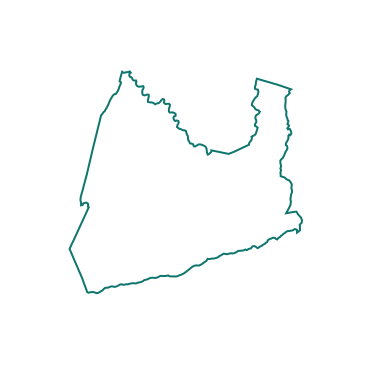 outline of Queimadas, Bahia, Brazil, rotated 24°
{"feature_id": "56859067B17136917301382", "entity_name": "Queimadas", "entity_type": "district", "adm_level": 2, "iso_a3": "BRA", "parent_name": "Brazil", "parent_adm1": "Bahia", "projection": "equal_earth", "projection_center": [-39.706, -11.046], "detail": "fine", "context": "isolated", "style": "outline", "palette": "teal", "viewbox_px": 384, "rotation_deg": 24, "n_neighbors": 0, "source": "geoboundaries", "source_scale": "gbopen_adm2", "svg_char_len": 5381}
<svg xmlns="http://www.w3.org/2000/svg" viewBox="0 0 384 384"><g transform="rotate(24 192 192)"><path d="M205.2,62.1L205.5,64.3L205.9,66.2L206.6,68.2L206.7,70.3L207.6,72.0L209.1,72.1L210.6,71.7L211.6,73.0L212.1,74.3L212.4,75.7L212.6,77.9L211.4,80.4L211.1,82.4L210.8,84.7L210.9,86.9L211.5,88.4L212.9,88.8L214.1,89.1L215.4,89.9L216.5,90.6L218.0,90.6L219.3,90.4L221.3,91.0L221.1,93.2L220.1,94.6L219.4,95.9L219.4,97.6L220.1,99.2L221.4,100.2L222.3,101.9L222.0,104.5L222.7,106.0L224.2,106.0L225.8,106.5L226.1,108.3L226.2,109.8L226.5,111.6L226.5,113.5L225.9,114.8L224.9,115.9L223.9,117.3L224.8,118.3L225.2,120.2L224.8,121.9L224.3,123.8L224.8,125.7L213.9,138.3L212.4,139.8L210.0,142.3L192.7,146.1L193.3,147.5L192.7,148.9L192.2,150.1L191.3,151.4L190.2,150.6L189.4,149.4L188.6,148.2L187.6,146.4L186.1,145.2L184.5,144.8L182.8,144.9L181.4,144.9L180.0,145.2L178.7,145.8L177.3,147.8L176.3,149.1L175.1,149.5L173.7,148.0L172.4,147.9L170.5,148.4L168.8,147.0L167.3,145.9L166.3,144.1L165.3,142.4L164.2,141.7L163.0,140.6L161.7,138.8L160.0,138.7L158.4,139.3L156.7,139.1L154.9,139.4L153.2,139.1L151.9,138.8L151.5,137.0L151.7,135.2L151.5,133.6L150.5,132.6L148.8,133.0L147.7,134.0L146.0,133.3L144.8,131.6L144.9,130.2L146.0,129.2L145.3,127.4L143.9,127.0L142.1,127.1L140.7,127.8L139.5,128.4L138.3,128.0L137.5,126.5L136.9,124.4L136.9,122.9L136.3,121.2L135.2,120.8L133.7,121.4L131.9,122.5L130.0,121.8L129.6,119.9L128.7,118.8L127.4,119.0L126.7,120.3L126.3,122.3L125.4,124.3L123.8,125.5L122.7,126.8L121.5,126.6L120.1,126.3L118.4,126.7L116.8,127.3L115.1,127.6L114.3,125.9L114.1,124.4L113.8,122.7L112.9,120.8L111.2,121.3L109.6,122.9L108.0,123.3L106.8,122.6L105.8,120.7L105.3,119.4L105.5,117.4L105.1,115.7L104.0,115.2L102.7,116.3L101.2,117.2L99.3,117.6L97.6,116.8L96.5,115.5L96.3,113.6L95.4,112.9L94.3,113.6L93.1,113.8L92.0,113.5L91.2,112.4L89.8,111.8L88.4,112.0L87.3,111.1L86.8,109.7L87.5,107.9L86.1,107.2L84.8,108.5L83.2,109.3L82.0,110.4L80.8,110.9L79.3,110.5L79.8,114.7L80.8,120.3L82.5,120.7L82.9,122.7L82.8,125.1L83.1,127.4L83.2,129.7L82.9,131.5L82.5,133.5L81.3,134.2L80.4,136.4L80.2,138.2L80.0,139.7L79.8,141.7L79.9,144.1L80.0,145.9L79.9,148.0L79.8,150.0L79.5,151.8L79.4,153.7L78.7,155.0L78.3,157.1L77.8,159.1L84.0,193.8L84.5,196.4L88.6,217.9L89.1,220.7L89.5,223.6L91.6,236.3L91.7,237.7L92.1,239.9L92.4,241.9L93.0,243.8L93.6,245.1L94.4,246.1L95.3,247.5L96.1,249.3L97.3,248.5L97.3,246.7L98.7,245.5L99.7,244.7L101.4,244.8L102.3,245.6L102.8,247.7L103.9,247.9L103.5,284.0L103.3,289.3L103.3,291.8L103.3,293.8L114.2,303.9L126.8,315.5L137.0,326.1L138.5,326.1L139.7,325.0L141.0,324.4L142.0,323.6L143.4,323.5L144.9,323.2L146.3,323.1L147.5,322.2L148.6,320.5L150.2,318.4L150.8,316.6L151.5,315.1L153.0,314.1L154.3,313.5L155.3,312.3L156.6,311.1L157.8,310.6L159.0,310.4L160.3,309.9L161.8,308.6L162.7,307.5L163.7,306.0L165.0,305.0L166.4,304.9L168.1,304.1L169.4,303.0L170.6,302.6L171.6,301.9L172.5,301.1L174.0,300.0L175.6,299.1L176.9,298.8L178.2,298.2L179.7,296.5L181.2,295.7L183.2,293.8L184.2,292.0L185.6,290.8L186.8,289.9L187.8,288.6L189.4,287.1L191.0,286.3L192.1,285.9L193.5,285.4L194.8,284.4L195.7,283.6L196.4,282.5L197.7,281.2L199.5,280.7L201.1,279.9L202.8,279.0L204.1,277.9L205.9,278.1L208.0,277.3L209.7,276.5L211.3,275.9L213.0,274.8L214.2,273.4L215.6,272.1L216.5,271.1L217.3,270.2L218.3,268.6L219.2,267.0L220.1,265.3L221.0,263.5L221.8,262.0L222.7,260.2L223.9,258.6L225.7,257.3L227.1,256.9L228.3,256.3L229.4,255.1L230.3,253.9L231.1,252.4L232.0,250.9L232.9,249.6L233.3,248.2L233.5,246.7L235.0,246.3L236.4,245.3L237.8,244.5L239.9,243.3L241.3,242.1L242.4,240.8L243.1,239.3L244.1,238.3L245.2,236.6L246.2,235.3L247.6,235.1L249.1,234.7L250.1,233.9L251.1,233.2L252.4,232.1L253.9,231.7L255.5,230.7L257.1,228.8L258.0,227.2L259.2,226.5L260.6,225.7L261.8,225.1L263.1,224.1L264.2,222.8L265.8,222.8L267.0,220.9L268.7,219.6L269.3,217.1L270.8,216.1L272.4,216.0L273.8,216.5L275.0,216.5L276.4,214.1L277.5,213.0L278.2,211.4L279.6,209.8L280.1,208.3L281.0,207.1L280.9,205.3L281.8,203.7L283.0,202.6L284.6,200.9L286.2,200.2L287.6,200.7L289.1,200.7L289.6,198.8L290.6,197.4L291.1,195.8L291.9,194.8L292.3,193.5L293.7,191.3L294.4,189.7L295.6,188.6L296.7,188.2L297.8,187.3L298.9,186.6L300.0,185.7L300.7,184.2L301.9,183.9L303.1,183.8L304.5,186.4L305.4,184.8L306.2,183.0L305.5,181.6L304.8,179.8L303.8,178.5L304.1,176.9L304.7,175.4L304.0,173.1L303.0,172.1L302.0,171.0L300.6,170.5L299.5,169.9L297.7,169.2L296.3,168.0L295.3,167.5L294.2,168.1L293.2,168.7L286.7,173.1L287.3,164.0L286.8,162.5L286.3,160.7L285.0,158.8L284.3,156.7L283.9,155.2L283.5,153.7L283.5,151.8L282.8,149.9L281.4,148.4L280.8,146.9L280.2,144.6L278.8,143.4L277.5,142.6L275.8,141.8L274.1,142.0L272.5,141.7L270.5,141.0L269.4,141.3L268.2,141.3L266.6,141.5L265.7,139.7L264.8,138.0L264.6,136.0L263.2,134.6L262.9,132.1L261.8,130.7L260.9,129.5L259.9,127.3L260.4,125.5L261.1,124.1L261.3,121.3L261.2,119.0L261.1,117.2L261.4,115.2L261.5,113.7L260.9,112.3L260.1,111.3L258.6,110.9L258.0,109.3L258.2,107.3L258.4,105.7L258.2,103.4L257.2,101.7L257.4,100.1L258.6,100.3L259.1,98.7L258.4,97.1L257.2,95.8L255.6,94.6L254.1,95.7L253.2,95.0L253.5,93.6L253.7,91.9L252.6,91.4L251.6,91.1L251.4,89.5L251.2,87.9L250.1,87.4L249.2,86.0L248.1,85.1L247.1,83.9L246.1,81.9L245.6,80.1L244.7,79.3L243.4,77.9L242.2,75.6L241.5,73.5L240.5,70.6L239.5,68.9L239.0,67.6L239.3,66.0L240.4,64.0L241.1,61.8L239.8,60.9L239.8,59.4L240.7,57.9L226.4,59.2L225.0,59.4L205.2,62.1Z" fill="none" stroke="#0f766e" stroke-width="2"/></g></svg>